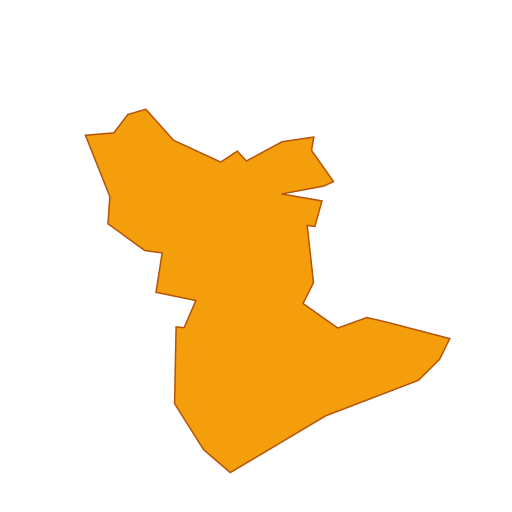 outline of Karposh, Karpoš, North Macedonia, rotated 334°
{"feature_id": "65306769B48294308075018", "entity_name": "Karposh", "entity_type": "district", "adm_level": 2, "iso_a3": "MKD", "parent_name": "North Macedonia", "parent_adm1": "Karpoš", "projection": "mercator", "projection_center": [21.399, 42.004], "detail": "fine", "context": "isolated", "style": "filled", "palette": "amber", "viewbox_px": 512, "rotation_deg": 334, "n_neighbors": 0, "source": "geoboundaries", "source_scale": "gbopen_adm2", "svg_char_len": 622}
<svg xmlns="http://www.w3.org/2000/svg" viewBox="0 0 512 512"><g transform="rotate(334 256 256)"><path d="M221.3,75.8L202.9,72.6L182.2,83.0L155.6,72.7L150.7,138.5L137.1,162.1L158.4,202.3L173.0,212.1L150.2,244.8L182.4,269.7L160.0,288.9L153.1,284.7L118.1,353.0L124.0,407.2L137.9,439.4L248.6,430.2L347.7,438.9L375.8,429.3L393.9,415.2L346.9,374.8L328.7,359.9L297.9,356.6L277.4,319.3L296.0,305.2L315.4,250.9L321.8,255.3L339.4,235.4L306.1,211.4L347.9,222.9L358.3,223.0L352.2,185.5L360.1,174.4L329.4,164.7L289.0,166.4L285.2,153.6L265.4,156.1L232.6,115.8L221.3,75.8Z" fill="#f59e0b" stroke="#b45309" stroke-width="1.5"/></g></svg>